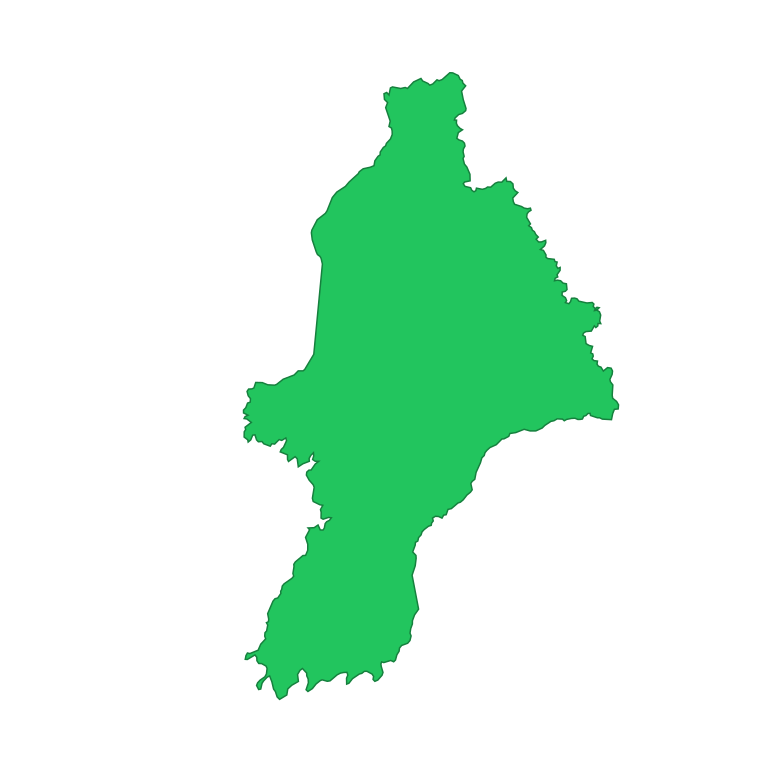 Jaciara, Mato Grosso, Brazil (Albers equal-area conic projection), rotated 339°
{"feature_id": "56859067B94463601942766", "entity_name": "Jaciara", "entity_type": "district", "adm_level": 2, "iso_a3": "BRA", "parent_name": "Brazil", "parent_adm1": "Mato Grosso", "projection": "albers", "projection_center": [-55.21, -15.967], "detail": "fine", "context": "isolated", "style": "filled", "palette": "green", "viewbox_px": 768, "rotation_deg": 339, "n_neighbors": 0, "source": "geoboundaries", "source_scale": "gbopen_adm2", "svg_char_len": 6172}
<svg xmlns="http://www.w3.org/2000/svg" viewBox="0 0 768 768"><g transform="rotate(339 384 384)"><path d="M243.5,358.0L242.5,360.7L245.9,364.4L242.7,364.6L241.0,366.1L243.4,367.5L246.4,372.3L238.8,374.6L238.5,377.0L236.4,378.5L234.4,383.4L236.8,387.3L236.4,389.5L239.6,388.4L243.1,384.7L245.3,385.2L245.0,390.5L246.0,392.9L249.5,394.0L250.3,396.7L255.5,401.3L257.9,399.6L260.4,400.9L266.2,398.3L268.3,400.0L273.0,399.2L272.7,402.0L267.5,407.1L264.6,408.3L262.8,410.2L268.5,415.5L266.9,419.9L267.1,422.1L275.0,420.0L276.2,422.7L274.3,430.6L279.8,429.4L286.6,429.4L287.4,426.7L290.1,424.4L293.5,422.9L292.6,426.0L290.3,428.9L292.1,431.5L295.3,432.8L291.1,434.1L285.1,438.2L283.0,437.5L280.3,438.6L278.9,441.2L279.7,447.0L281.8,452.6L281.8,455.4L276.2,465.0L275.8,468.3L280.8,473.7L283.4,475.3L279.7,478.5L279.4,481.1L277.2,486.6L278.7,488.4L284.5,488.7L286.9,490.0L284.3,491.7L281.2,492.0L279.1,493.2L276.6,497.2L274.7,498.5L272.2,497.4L271.9,492.0L267.3,493.1L261.5,491.2L262.3,493.4L255.8,499.1L255.4,506.3L253.2,511.9L249.4,515.9L246.8,515.1L237.5,518.3L235.2,520.0L234.5,522.3L231.1,528.2L230.8,531.1L228.4,532.4L219.2,534.7L216.6,536.2L214.9,539.1L213.3,540.4L212.6,542.6L208.1,545.7L205.3,545.4L202.6,546.9L193.1,556.7L192.1,562.2L190.9,564.5L188.7,564.7L189.1,567.3L185.9,572.5L183.8,573.5L182.3,576.6L182.2,579.5L175.7,582.7L171.1,587.4L162.2,587.6L160.1,586.2L157.8,588.1L155.8,591.3L157.7,592.2L166.4,590.7L167.3,593.5L166.2,596.8L166.9,600.0L169.6,601.2L172.8,605.1L172.9,607.7L170.3,612.6L167.8,614.7L162.1,616.1L158.9,617.7L157.0,619.8L157.5,624.3L159.6,624.6L162.9,619.7L165.3,618.0L169.9,615.8L172.6,615.6L172.6,621.9L171.6,629.2L172.4,632.3L172.1,637.8L173.5,641.0L181.8,639.5L184.9,634.2L189.9,632.2L197.5,631.0L199.2,624.2L203.0,621.2L205.9,620.4L208.2,626.1L207.3,628.8L207.5,632.1L206.3,635.9L201.7,641.5L202.8,643.8L208.0,642.7L213.1,639.7L218.1,638.1L220.2,638.0L224.5,641.2L227.3,641.8L236.1,638.7L239.7,638.3L243.1,638.9L246.1,639.9L245.9,642.8L243.6,645.2L241.6,650.8L244.0,650.8L249.0,647.8L257.1,645.9L259.6,646.2L262.7,645.2L265.1,646.1L268.9,650.5L269.5,653.2L267.9,655.9L268.9,658.3L272.1,658.2L277.8,655.2L279.7,652.9L280.2,646.7L280.8,644.2L282.2,642.6L284.0,644.0L291.2,644.5L293.5,646.8L295.8,645.8L299.0,641.4L302.3,638.9L303.9,636.0L306.8,634.4L313.2,634.5L316.3,632.8L319.0,628.9L319.0,625.9L321.3,621.9L324.5,618.2L325.7,615.2L329.8,610.5L335.6,606.6L341.7,572.6L348.0,564.9L351.5,558.3L352.4,555.5L350.6,551.1L355.4,545.6L356.6,543.1L359.3,542.7L361.2,539.8L364.5,538.2L366.5,535.7L369.3,534.3L374.6,532.7L377.4,532.9L378.7,530.8L380.9,529.5L381.2,526.6L384.5,525.9L387.4,527.2L390.1,530.0L392.7,527.8L395.2,528.3L398.8,524.0L402.2,524.5L410.4,521.6L413.0,521.7L416.5,520.5L421.6,517.4L425.9,516.0L428.4,514.4L429.4,508.0L431.4,506.5L434.6,505.5L438.3,499.5L445.8,492.1L448.9,488.0L451.9,486.7L453.7,484.3L456.3,482.8L460.1,481.3L467.1,480.9L474.4,477.6L476.4,478.2L481.7,477.6L483.8,475.3L489.6,476.6L498.6,476.5L503.5,480.1L509.0,482.2L515.9,481.8L519.3,480.3L526.4,478.7L529.5,479.2L533.2,478.6L538.1,480.8L539.1,482.9L541.8,482.5L546.6,483.3L550.0,484.4L552.3,486.6L554.6,487.4L556.7,487.8L558.8,485.7L561.3,485.8L563.8,484.6L565.9,485.3L565.5,487.4L571.1,492.0L573.2,492.8L575.2,495.0L583.6,498.8L586.9,493.6L590.0,490.2L593.7,491.2L595.5,487.5L594.9,483.7L592.4,479.3L593.0,476.3L597.3,466.9L596.2,463.1L596.5,460.7L600.4,456.8L602.0,453.8L601.7,450.6L598.6,448.8L593.4,450.5L592.6,446.0L590.5,444.2L590.0,441.8L591.5,439.1L588.4,437.4L587.2,435.1L589.3,433.0L589.7,430.8L588.1,429.0L592.2,423.6L589.3,421.5L587.1,418.7L588.8,411.8L587.0,409.8L588.4,408.0L591.2,407.4L596.5,408.9L601.2,405.1L602.0,407.2L604.4,406.4L605.5,404.2L608.0,405.3L607.9,402.5L611.0,397.3L611.0,393.8L609.2,391.3L606.8,390.9L608.2,389.3L607.1,386.6L608.6,384.6L607.6,382.5L602.5,381.1L595.6,376.5L594.7,373.6L592.7,372.1L589.8,371.2L587.7,373.9L585.4,375.3L582.5,373.0L584.4,371.6L584.3,368.4L582.0,365.1L583.3,362.0L586.5,362.4L588.7,361.4L590.2,355.8L587.3,354.0L585.9,350.9L583.1,349.2L580.2,348.7L581.7,346.6L584.6,346.3L584.7,344.0L589.1,341.0L590.2,338.3L587.7,338.3L587.2,335.4L589.3,332.2L587.5,331.0L587.6,328.6L581.7,325.5L580.6,323.6L581.5,321.6L580.7,316.4L578.2,314.5L583.3,312.6L585.7,310.1L586.4,307.8L581.9,307.8L579.2,306.8L577.9,303.3L580.7,302.1L579.3,298.8L579.0,295.7L577.6,293.5L577.7,290.8L575.8,288.1L578.1,287.0L576.9,279.5L578.5,276.5L580.6,275.1L583.5,274.5L583.7,272.3L580.8,271.8L577.9,270.0L576.0,267.6L570.3,263.0L570.1,260.0L570.9,256.5L577.6,253.2L575.7,250.6L574.9,247.5L576.1,243.4L574.6,240.3L571.2,238.8L571.8,235.3L566.2,237.8L563.0,236.4L559.8,236.4L554.1,238.5L551.3,237.2L548.9,237.8L545.6,237.5L540.5,234.3L539.0,236.4L536.9,236.8L535.4,234.7L535.2,231.8L530.4,228.5L529.8,225.4L531.6,224.3L537.2,225.2L539.4,219.0L539.1,211.1L537.9,207.5L538.6,201.8L540.4,200.2L541.0,195.7L542.3,193.1L544.9,190.9L545.4,188.0L544.3,185.3L541.6,183.1L540.0,180.8L543.5,175.9L548.4,174.8L546.6,172.6L545.1,169.2L545.0,166.5L546.3,163.7L544.3,162.8L545.7,161.1L550.3,159.2L554.2,159.5L558.2,158.1L559.3,156.2L559.9,146.9L561.4,138.3L567.1,134.9L565.5,131.4L565.8,128.7L564.3,126.8L563.9,122.7L559.7,118.2L557.0,117.0L547.4,120.6L544.1,120.6L542.5,119.0L537.0,121.4L533.8,121.4L532.8,119.2L528.7,115.0L528.0,112.0L519.9,112.6L511.8,116.5L510.1,114.8L505.5,114.1L498.4,109.7L496.1,109.9L492.2,116.0L491.0,112.8L488.0,113.0L486.4,118.5L488.2,122.6L484.6,126.6L484.0,140.8L480.9,145.4L482.7,147.7L482.3,150.6L481.1,154.0L477.8,157.6L472.5,160.2L470.8,162.3L468.2,162.9L463.6,166.1L462.5,168.7L460.0,169.3L455.5,172.3L452.9,176.6L448.8,176.7L441.7,175.6L437.1,176.9L435.4,178.4L423.9,182.9L418.8,185.7L408.7,187.9L402.6,191.4L392.9,201.9L390.4,203.7L380.6,206.7L371.8,214.5L370.4,216.8L368.7,223.7L368.1,236.3L368.3,239.3L370.0,242.0L370.3,244.2L369.5,249.9L329.1,331.1L315.1,342.1L313.1,342.7L308.6,341.0L303.3,343.4L291.6,343.4L283.6,345.9L281.5,345.9L275.2,343.1L270.9,339.1L264.8,336.6L261.1,341.1L258.8,341.2L255.8,340.2L253.5,341.8L253.0,346.3L254.1,349.8L252.6,353.0L249.8,352.9L246.5,356.6L243.5,358.0ZM609.2,391.3L612.2,389.9L610.3,388.7L608.2,389.3L609.2,391.3Z" fill="#22c55e" stroke="#15803d" stroke-width="1.5"/></g></svg>